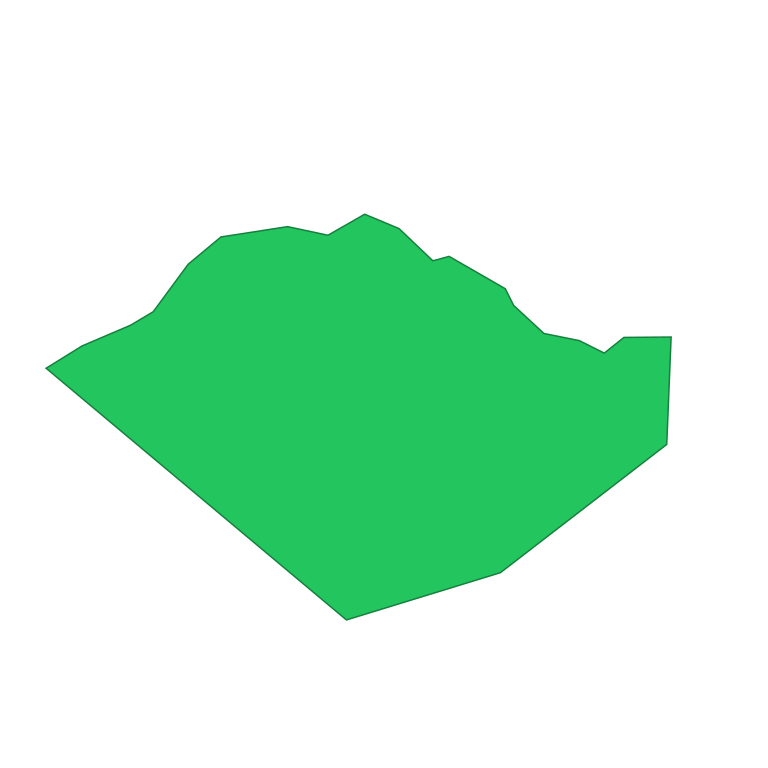 Evans, Georgia, United States of America (Mercator projection), rotated 321°
{"feature_id": "52423323B4289293971821", "entity_name": "Evans", "entity_type": "district", "adm_level": 2, "iso_a3": "USA", "parent_name": "United States of America", "parent_adm1": "Georgia", "projection": "mercator", "projection_center": [-81.841, 32.163], "detail": "fine", "context": "isolated", "style": "filled", "palette": "green", "viewbox_px": 768, "rotation_deg": 321, "n_neighbors": 0, "source": "geoboundaries", "source_scale": "gbopen_adm2", "svg_char_len": 447}
<svg xmlns="http://www.w3.org/2000/svg" viewBox="0 0 768 768"><g transform="rotate(321 384 384)"><path d="M636.7,528.2L599.8,498.8L574.6,498.6L563.1,473.2L540.1,445.4L534.2,404.6L538.2,386.3L514.9,325.8L499.5,319.0L493.5,272.7L475.8,239.9L434.0,233.1L408.1,201.0L349.8,167.1L307.2,167.7L250.1,182.6L224.0,178.8L173.3,164.4L131.3,159.1L206.3,543.7L355.8,603.9L565.7,608.9L636.7,528.2Z" fill="#22c55e" stroke="#15803d" stroke-width="1.5"/></g></svg>